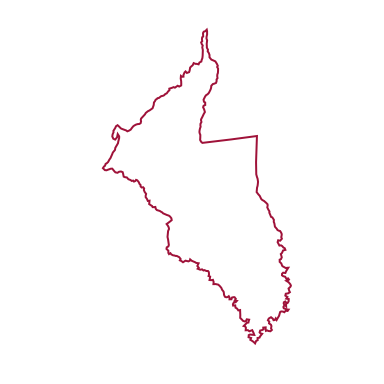 Sengés, Paraná, Brazil (Robinson projection), rotated 172°
{"feature_id": "56859067B25271231685187", "entity_name": "Sengés", "entity_type": "district", "adm_level": 2, "iso_a3": "BRA", "parent_name": "Brazil", "parent_adm1": "Paraná", "projection": "robinson", "projection_center": [-49.46, -24.265], "detail": "fine", "context": "isolated", "style": "outline", "palette": "rose", "viewbox_px": 384, "rotation_deg": 172, "n_neighbors": 0, "source": "geoboundaries", "source_scale": "gbopen_adm2", "svg_char_len": 5951}
<svg xmlns="http://www.w3.org/2000/svg" viewBox="0 0 384 384"><g transform="rotate(172 192 192)"><path d="M256.6,255.6L258.0,252.2L258.5,250.6L261.8,246.4L262.4,244.4L264.9,242.1L265.9,240.3L268.1,236.8L269.3,235.6L270.9,233.4L272.3,232.4L273.6,231.9L274.5,230.1L275.6,229.5L276.9,228.0L275.2,225.8L273.6,225.4L272.4,225.7L269.0,226.4L267.7,226.2L265.9,223.2L265.1,222.1L263.1,221.4L261.4,222.2L259.5,222.2L257.9,221.3L257.7,219.9L257.5,216.7L256.3,216.0L254.5,215.5L253.2,213.5L251.2,212.4L250.1,211.3L248.7,211.5L248.0,210.4L246.6,210.8L245.7,211.8L244.6,211.2L243.4,209.3L242.8,207.2L242.0,206.2L242.1,204.6L241.1,203.4L239.7,203.5L238.9,202.2L239.4,200.7L238.9,198.7L237.7,196.5L238.4,194.8L238.6,193.3L237.6,191.5L237.0,189.3L235.3,189.3L235.7,187.6L236.1,186.0L234.7,184.7L233.5,183.7L233.1,182.5L231.6,182.3L230.4,182.3L230.2,180.3L229.3,179.0L226.5,177.7L225.5,176.8L224.4,176.0L223.6,174.9L220.2,172.8L218.2,171.8L217.2,170.8L216.1,168.9L216.0,167.0L217.4,166.1L221.6,163.8L220.6,162.0L220.0,160.3L219.9,158.6L221.1,156.7L222.5,150.9L222.3,148.3L222.3,145.7L222.3,142.8L223.0,141.4L224.7,140.7L225.2,139.2L223.6,137.2L223.9,135.0L223.4,133.7L221.9,134.4L221.2,133.1L219.5,131.9L218.3,131.6L217.2,131.0L216.0,130.8L213.7,129.2L212.6,127.2L213.5,126.0L212.2,125.2L210.7,123.7L208.0,124.9L205.2,123.8L203.7,124.3L203.2,125.5L201.8,123.9L198.8,122.1L197.7,121.2L195.4,120.5L197.0,118.0L195.9,116.1L197.0,115.2L194.7,113.9L192.8,114.0L191.6,112.7L190.5,112.9L188.8,111.8L187.1,111.5L186.5,110.4L186.6,107.9L187.3,106.5L185.8,105.7L186.2,104.3L186.9,102.4L185.2,102.0L183.5,102.1L183.1,99.9L183.6,97.8L181.3,97.5L178.9,96.6L177.7,95.2L176.3,93.0L175.8,91.0L174.6,89.0L174.5,87.6L174.6,85.8L174.0,83.7L172.8,83.0L171.3,83.0L170.1,83.7L169.5,82.2L169.8,80.5L167.9,80.3L167.1,81.9L165.7,82.1L164.5,81.9L163.5,80.1L164.8,78.5L162.8,77.9L164.1,76.8L166.1,76.6L167.1,75.2L167.1,73.8L165.0,73.7L165.0,71.4L163.6,70.3L162.6,68.3L160.8,68.4L161.1,65.5L161.3,63.4L161.8,60.6L160.4,58.8L159.4,57.3L157.9,56.5L156.6,56.6L155.5,58.3L153.2,57.6L153.9,56.1L154.3,54.9L155.7,54.9L157.2,53.8L159.4,52.1L158.0,51.4L157.5,50.2L158.1,47.6L155.9,47.4L154.6,46.1L151.6,46.8L150.6,43.7L150.2,41.8L152.0,42.2L154.4,42.8L155.7,42.4L156.2,40.3L153.8,39.2L154.8,37.5L152.7,35.8L151.4,34.4L150.6,33.3L149.2,35.6L147.6,36.1L147.4,38.3L145.4,38.4L144.6,39.6L142.3,41.8L143.8,42.5L144.6,43.5L143.8,45.3L141.9,45.5L140.4,46.0L140.3,47.8L137.9,47.7L138.2,45.8L138.1,44.2L136.9,44.5L135.6,43.7L133.7,43.2L132.1,44.3L132.7,45.9L132.0,48.2L132.3,49.6L134.0,51.2L133.5,52.9L134.7,54.4L133.6,56.0L131.2,57.0L129.6,55.3L129.1,53.7L127.9,53.7L126.7,55.2L126.0,53.5L124.7,55.2L123.0,57.3L122.0,59.6L121.4,60.9L120.3,61.3L118.5,60.9L117.3,60.1L115.7,61.4L113.9,60.9L112.8,62.1L114.3,62.4L115.9,63.3L117.3,64.1L117.5,65.4L116.0,67.4L116.7,68.8L116.4,70.0L114.9,70.6L114.1,69.3L112.9,68.7L111.6,70.2L111.1,72.5L113.5,73.3L112.1,74.8L114.0,76.4L113.3,78.2L110.8,78.3L109.0,79.2L109.5,80.7L109.8,83.0L107.9,84.3L107.1,85.4L107.4,86.8L108.9,89.2L110.9,90.9L109.3,91.2L108.2,91.8L108.9,93.1L110.6,92.8L111.5,95.1L113.5,96.0L114.5,97.0L114.2,98.5L113.0,99.4L110.8,98.8L109.7,100.6L107.2,103.6L108.3,103.7L109.7,103.6L111.2,104.8L112.2,105.5L113.0,106.4L113.5,108.8L114.9,110.6L114.6,112.8L113.2,113.2L112.2,114.8L112.4,116.5L112.7,118.2L111.3,119.2L110.0,121.4L107.6,121.7L108.0,123.4L109.2,124.3L110.2,125.9L111.3,126.8L112.9,126.8L114.2,130.4L113.4,132.2L111.5,131.5L109.5,133.2L109.9,134.9L109.4,136.1L109.0,137.8L109.4,139.4L110.2,141.1L111.4,141.6L112.6,142.4L113.2,143.8L114.7,146.1L114.8,149.5L115.2,151.0L114.8,153.1L116.0,155.7L117.2,156.4L117.7,158.6L118.3,160.7L118.0,162.0L118.8,163.8L119.6,166.3L119.0,167.9L118.9,169.3L120.1,171.0L120.9,171.9L121.8,173.0L123.5,174.3L124.4,175.4L125.5,178.8L126.6,180.4L128.0,182.9L127.0,187.2L126.2,189.0L125.7,190.8L125.2,192.9L125.2,196.0L125.6,198.0L125.9,200.6L124.4,212.7L119.9,238.4L144.2,238.6L145.4,238.6L174.9,239.2L176.0,240.5L176.7,242.4L176.2,244.9L175.8,247.4L176.2,248.9L176.3,250.4L175.8,252.3L175.2,253.9L174.4,255.4L174.4,256.9L174.1,258.4L172.9,260.0L173.1,262.1L172.5,263.3L171.7,264.3L170.9,265.5L169.6,267.5L168.1,269.4L168.5,272.2L169.2,274.4L168.5,275.8L166.8,276.3L166.5,278.8L167.6,279.7L167.7,281.8L166.7,283.3L165.6,284.9L164.3,286.1L163.1,286.5L161.5,287.8L160.3,289.5L159.3,291.0L158.6,292.5L158.1,294.5L156.3,296.0L154.7,296.2L153.0,296.7L152.2,298.4L152.0,300.0L150.9,301.2L150.9,303.3L150.5,305.0L149.8,306.2L149.3,308.6L149.0,310.6L149.7,312.3L148.9,313.3L149.5,315.4L150.7,318.1L152.4,319.2L154.4,320.4L155.9,322.9L155.6,325.3L156.1,327.6L156.9,329.1L156.4,330.7L157.2,332.8L157.0,334.4L156.8,336.7L155.9,340.1L156.3,341.9L156.0,343.6L155.1,346.0L154.9,347.6L154.7,349.2L154.8,350.7L156.5,349.4L158.1,349.1L159.0,347.8L159.1,346.4L159.3,344.4L160.4,343.8L160.9,341.9L160.9,339.9L162.1,338.9L161.8,337.3L161.0,335.6L161.7,333.8L161.5,331.1L162.5,325.4L163.1,323.1L164.1,321.3L164.6,319.9L166.6,319.2L167.7,317.5L169.4,318.2L170.7,318.4L172.4,319.4L173.7,317.4L175.2,316.5L176.5,315.5L177.5,312.4L178.2,311.1L180.5,310.6L181.6,312.3L182.7,311.5L184.2,309.0L184.4,307.4L185.8,307.5L186.8,308.5L187.4,305.9L187.3,303.3L187.6,300.5L187.9,299.0L190.0,298.2L191.4,299.2L194.4,297.7L195.6,298.4L197.6,297.9L200.1,297.5L200.2,295.9L201.6,295.0L203.3,293.2L204.9,292.7L206.1,291.7L207.4,291.3L209.1,291.2L211.8,289.7L213.1,289.7L214.0,288.9L215.1,288.5L216.2,286.9L217.2,286.0L217.8,283.5L219.4,280.4L222.7,278.7L224.5,278.1L226.8,276.7L227.8,275.4L232.2,271.8L232.7,270.5L232.6,269.0L233.3,267.3L234.7,266.7L236.6,266.8L238.2,266.5L240.0,265.8L241.1,265.2L242.9,263.5L244.0,262.3L245.9,261.5L247.6,261.1L248.6,262.1L252.7,264.3L253.7,265.0L254.4,266.0L255.4,267.3L256.4,268.5L258.1,267.7L259.1,266.1L261.3,263.5L261.4,262.1L262.6,260.1L263.2,258.1L262.5,255.7L260.8,254.6L258.6,256.6L257.5,259.7L256.4,257.3L256.6,255.6ZM116.0,67.4L114.7,65.7L114.5,68.0L116.0,67.4Z" fill="none" stroke="#9f1239" stroke-width="2"/></g></svg>